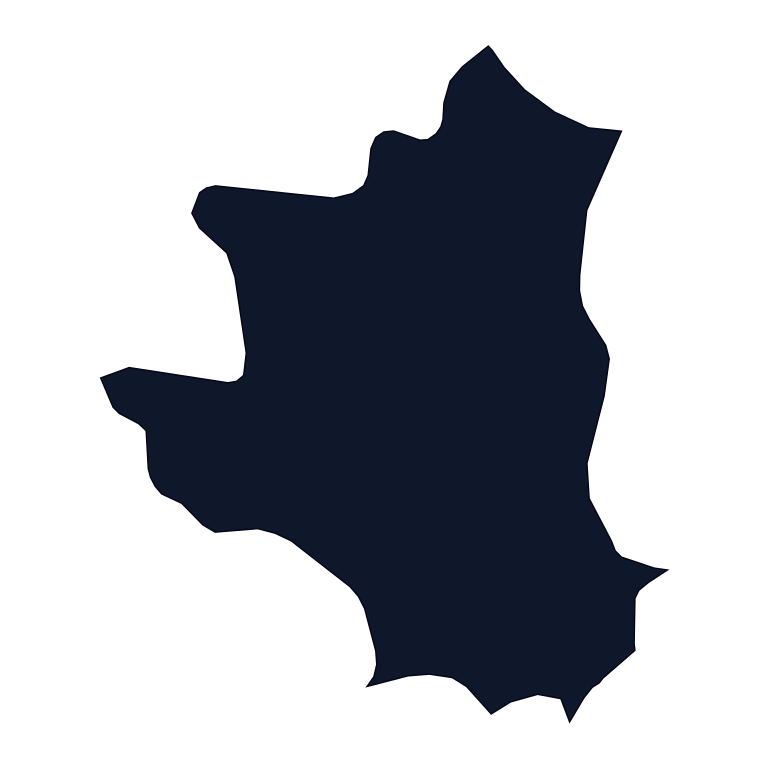 an SVG outline of Crotene
{"feature_id": "ITA-5392", "entity_name": "Crotene", "entity_type": "Province", "adm_level": 1, "iso_a3": "ITA", "parent_name": "Italy", "parent_adm1": "", "projection": "robinson", "projection_center": [16.94, 39.189], "detail": "fine", "context": "isolated", "style": "filled", "palette": "ink", "viewbox_px": 768, "rotation_deg": 0, "n_neighbors": 0, "source": "natural_earth", "source_scale": "10m", "svg_char_len": 1217}
<svg xmlns="http://www.w3.org/2000/svg" viewBox="0 0 768 768"><path d="M488.3,46.1L492.3,50.5L504.1,67.6L524.5,89.9L554.5,112.1L588.5,127.9L621.4,131.2L586.7,210.2L579.7,274.9L579.4,290.6L582.4,306.1L589.2,319.4L605.7,345.4L609.2,358.9L604.1,395.9L586.9,463.3L589.1,498.5L611.5,541.2L615.2,550.9L621.5,557.2L654.1,568.1L667.3,570.0L648.7,582.2L638.9,590.2L634.9,598.3L634.1,643.9L634.9,650.3L602.9,678.1L599.2,682.9L592.2,687.3L583.8,697.9L569.6,721.9L560.9,698.6L537.6,694.3L510.5,701.9L491.2,713.9L466.6,686.5L452.2,677.5L429.3,674.1L408.0,675.8L367.1,686.4L373.9,676.8L376.8,664.5L375.8,651.0L364.7,608.7L358.5,596.5L350.1,586.7L291.2,540.8L274.9,533.1L257.7,528.6L215.1,532.1L202.8,524.8L181.9,503.4L161.7,493.9L155.3,486.4L150.5,477.2L148.3,468.6L146.2,430.7L138.8,423.7L119.3,413.4L113.1,407.2L100.7,378.0L129.1,367.6L227.8,382.8L236.5,381.4L243.7,375.4L246.3,353.0L235.0,276.8L226.9,252.9L199.5,227.9L191.9,213.2L199.7,192.7L206.3,188.1L215.5,185.9L333.8,198.2L352.7,193.6L363.8,185.6L368.2,175.4L371.0,148.6L375.8,137.5L383.8,132.0L393.5,131.0L420.0,140.2L427.8,139.7L436.2,133.8L440.9,126.9L443.0,119.6L444.0,102.7L450.1,81.3L462.3,66.9L488.3,46.1Z" fill="#0f172a" stroke="#020617" stroke-width="1.5"/></svg>